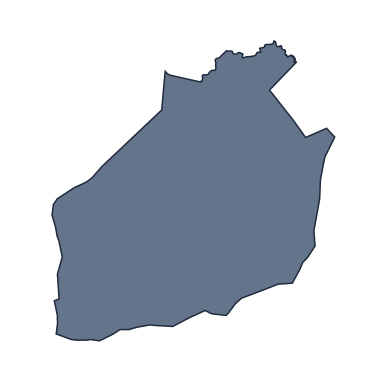 Zapotitlán Lagunas, Guerrero, Mexico, rotated 5°
{"feature_id": "50627088B79587676431474", "entity_name": "Zapotitlán Lagunas", "entity_type": "district", "adm_level": 2, "iso_a3": "MEX", "parent_name": "Mexico", "parent_adm1": "Guerrero", "projection": "albers", "projection_center": [-98.37, 17.786], "detail": "fine", "context": "isolated", "style": "filled", "palette": "slate", "viewbox_px": 384, "rotation_deg": 5, "n_neighbors": 0, "source": "geoboundaries", "source_scale": "gbopen_adm2", "svg_char_len": 4752}
<svg xmlns="http://www.w3.org/2000/svg" viewBox="0 0 384 384"><g transform="rotate(5 192 192)"><path d="M90.7,349.6L97.5,348.9L101.3,348.7L102.7,347.8L112.9,348.3L125.8,340.4L132.3,335.3L140.9,334.6L148.7,331.6L162.0,328.0L166.8,328.2L184.6,327.6L199.8,317.8L215.4,308.9L222.1,311.6L236.8,312.0L239.2,308.9L244.7,299.8L250.4,293.6L253.3,292.2L275.0,281.7L285.8,276.3L299.9,274.1L306.3,259.4L308.5,252.5L312.9,247.1L319.3,235.1L316.8,220.0L319.8,187.7L318.9,169.2L320.1,156.1L321.3,145.7L329.4,124.8L320.5,116.8L300.4,127.8L286.3,111.3L260.3,83.7L284.6,53.7L284.3,53.2L284.2,53.0L283.8,52.7L283.5,52.7L283.3,52.8L283.1,53.0L282.9,53.4L282.7,53.5L282.4,53.6L282.2,53.3L282.2,53.1L282.3,53.0L282.3,52.8L282.5,52.5L282.6,52.2L283.0,51.8L283.1,51.5L283.3,51.2L283.2,50.9L283.2,50.7L283.1,50.4L283.1,50.0L282.9,49.8L282.6,49.7L282.4,49.8L282.2,50.1L281.8,50.3L281.6,50.2L281.5,49.8L281.5,49.7L281.7,49.2L281.7,48.9L281.8,48.5L281.6,48.1L281.4,48.0L281.1,47.8L280.8,47.8L280.6,47.8L280.5,48.0L280.3,48.3L280.1,48.3L279.9,48.4L279.7,48.3L279.7,48.2L279.6,47.9L279.7,47.6L279.4,47.2L279.2,47.0L278.9,47.1L278.6,47.2L278.4,47.3L278.1,47.5L277.7,47.8L277.4,47.9L277.0,48.1L276.7,48.3L276.5,48.5L276.3,48.7L275.9,49.0L275.6,49.1L275.4,48.9L275.1,48.8L274.9,48.4L274.8,48.2L274.7,47.9L274.4,47.4L274.0,47.2L273.7,47.5L273.5,47.3L273.2,47.1L272.9,46.8L272.8,46.6L272.8,46.3L272.7,46.1L272.7,45.8L272.6,45.5L272.7,45.3L272.9,44.9L272.8,44.5L272.8,44.2L272.8,43.5L272.7,43.0L272.4,42.7L272.2,42.5L271.9,42.3L271.5,42.4L271.2,42.4L270.6,42.4L270.2,42.1L269.8,41.9L269.3,41.7L269.1,41.5L269.0,41.3L268.9,41.0L268.9,40.8L268.8,40.3L268.8,39.8L268.5,39.5L268.4,39.1L268.2,38.8L267.9,38.6L267.6,38.7L267.3,38.7L267.3,39.0L267.2,39.1L267.1,39.3L266.9,39.4L266.6,39.5L266.4,39.5L266.2,39.4L265.8,39.4L265.4,39.5L264.5,39.8L264.2,39.7L263.9,39.6L263.7,39.4L263.5,39.1L263.4,38.7L263.0,38.0L262.8,37.3L262.7,36.9L262.6,36.5L262.5,36.0L262.4,35.6L262.1,35.3L261.8,35.1L261.4,34.7L260.9,34.5L260.5,34.4L260.3,34.6L260.2,34.9L260.2,35.1L260.2,35.6L260.1,36.1L260.0,36.6L259.9,37.0L259.9,37.4L259.7,37.5L259.4,37.6L259.1,37.6L258.8,37.7L258.4,37.8L258.1,37.9L257.7,37.9L257.5,38.1L257.3,38.1L256.7,38.2L256.1,38.2L254.7,38.4L254.2,38.5L253.7,38.5L253.3,38.6L252.9,38.7L252.5,38.8L252.2,39.0L251.9,39.3L251.8,39.6L251.8,39.9L251.7,40.3L251.7,40.7L251.5,41.1L251.1,41.4L250.8,41.6L250.6,41.8L250.3,42.0L250.1,42.1L249.8,42.1L249.4,42.2L249.1,42.3L248.6,42.4L248.1,42.5L247.7,42.6L247.3,42.7L247.0,43.0L246.9,43.4L247.1,43.7L247.2,43.8L247.3,44.2L247.6,44.6L247.8,45.2L248.0,45.7L248.2,46.1L248.3,46.5L248.1,46.6L247.8,46.7L247.5,46.7L247.1,46.7L246.8,46.9L246.4,46.8L246.0,47.2L245.6,47.0L245.1,47.2L244.7,47.5L244.4,48.0L244.4,48.3L244.2,48.5L244.0,49.1L243.8,49.5L243.5,49.9L243.3,50.2L243.0,50.5L242.5,50.7L242.1,50.9L241.7,51.1L241.3,51.3L240.8,51.3L240.3,51.6L239.8,51.6L239.4,51.7L238.3,52.0L237.8,52.1L237.3,52.1L236.8,52.2L236.3,52.3L235.5,52.5L234.4,52.6L233.4,53.0L233.0,53.1L232.6,53.3L232.3,53.5L231.6,53.8L231.0,53.8L230.8,53.8L230.7,53.6L230.6,53.4L230.5,53.0L230.4,52.7L230.4,52.3L230.5,51.9L230.6,51.5L230.6,50.9L230.6,50.2L230.3,49.9L229.7,49.9L229.1,49.6L228.5,49.4L228.0,49.2L227.5,49.1L226.9,49.0L226.3,49.1L225.8,49.2L225.4,49.5L225.2,49.8L225.0,50.1L224.7,50.4L224.1,50.6L223.3,50.8L222.8,50.9L222.1,50.9L221.6,50.9L221.3,50.5L220.9,50.2L220.6,50.0L220.4,49.6L220.2,49.2L219.9,48.7L219.7,48.3L219.0,48.2L218.4,48.2L218.1,48.3L217.5,48.3L217.0,48.3L216.5,48.3L216.0,48.5L215.6,48.5L214.6,48.5L214.2,48.4L213.8,48.3L213.6,48.7L213.5,49.1L213.0,49.7L212.5,49.9L212.3,50.3L212.1,50.7L211.6,51.1L210.8,51.9L210.5,52.3L210.2,52.7L209.5,53.3L209.1,53.9L208.6,54.5L207.7,55.7L206.7,56.3L206.0,56.5L205.1,56.7L204.6,57.0L204.0,57.7L203.8,58.0L203.6,59.0L203.7,59.5L204.0,59.9L204.3,60.5L204.5,61.1L204.5,61.6L204.6,62.5L204.5,63.1L204.5,63.9L204.6,64.4L204.7,64.9L205.0,65.5L205.0,66.0L205.0,66.5L204.8,67.8L204.5,68.5L204.1,68.7L203.6,68.8L202.9,69.0L202.4,69.2L201.9,69.2L201.2,69.0L200.6,69.5L199.9,70.2L199.5,70.5L199.1,71.2L198.6,71.8L198.4,72.4L197.9,73.3L197.4,73.6L196.9,74.0L196.1,74.1L194.8,74.1L193.4,74.2L192.7,74.5L192.2,75.0L192.3,75.9L192.3,76.5L192.6,77.2L192.7,78.2L192.5,79.1L192.6,79.9L192.5,80.5L192.2,80.7L191.4,80.8L191.2,81.7L173.1,79.3L160.5,77.6L159.5,77.3L159.0,77.1L158.2,76.8L157.6,76.5L157.1,76.2L156.6,75.9L156.2,75.5L155.6,74.8L155.1,74.5L154.8,74.2L154.7,87.2L154.7,105.9L154.7,112.9L135.8,134.2L123.9,147.6L111.8,161.2L100.1,174.4L90.9,186.9L90.4,187.3L86.0,191.2L76.2,196.9L74.1,198.1L58.4,210.5L55.0,216.6L54.6,227.2L59.2,239.2L61.5,247.8L63.6,252.1L68.4,268.0L65.1,285.6L68.9,310.0L64.3,312.4L68.7,326.8L68.8,329.5L69.5,334.1L69.1,345.3L84.5,349.4L86.3,349.6L90.7,349.6Z" fill="#64748b" stroke="#1e293b" stroke-width="1.5"/></g></svg>